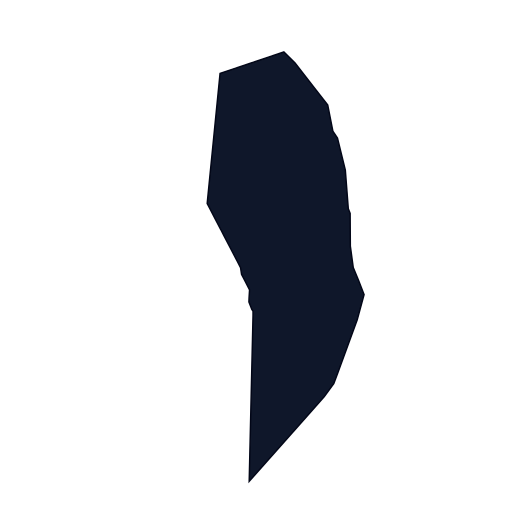 the district of San Andrés Zabache, Oaxaca, Mexico, rotated 225°
{"feature_id": "50627088B34708786687767", "entity_name": "San Andrés Zabache", "entity_type": "district", "adm_level": 2, "iso_a3": "MEX", "parent_name": "Mexico", "parent_adm1": "Oaxaca", "projection": "robinson", "projection_center": [-96.861, 16.605], "detail": "fine", "context": "isolated", "style": "filled", "palette": "ink", "viewbox_px": 512, "rotation_deg": 225, "n_neighbors": 0, "source": "geoboundaries", "source_scale": "gbopen_adm2", "svg_char_len": 709}
<svg xmlns="http://www.w3.org/2000/svg" viewBox="0 0 512 512"><g transform="rotate(225 256 256)"><path d="M101.5,91.9L103.4,123.9L106.7,178.9L108.3,204.8L110.8,220.8L115.2,230.5L139.3,282.4L152.3,305.1L166.1,311.2L179.1,316.6L196.3,329.7L219.6,352.7L224.2,354.7L253.6,379.9L281.8,397.0L289.9,398.6L312.1,413.5L334.9,416.3L365.0,420.1L380.6,420.0L410.5,359.7L332.4,264.4L328.7,259.9L327.6,258.6L321.2,256.6L311.8,253.6L299.7,249.8L299.2,249.7L293.1,247.7L285.1,245.2L280.3,243.7L274.9,242.0L268.6,240.0L265.0,238.9L263.2,238.3L258.6,236.8L253.2,232.8L247.1,230.9L236.6,227.5L231.2,221.4L228.5,218.5L221.2,215.3L219.1,214.9L215.8,211.6L101.5,91.9Z" fill="#0f172a" stroke="#020617" stroke-width="1.5"/></g></svg>